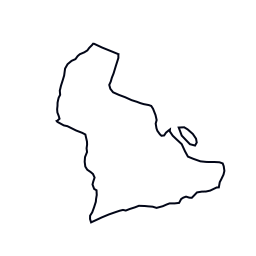 Sundsvall, Västernorrland, Sweden, rotated 336°
{"feature_id": "70781695B99117995283452", "entity_name": "Sundsvall", "entity_type": "district", "adm_level": 2, "iso_a3": "SWE", "parent_name": "Sweden", "parent_adm1": "Västernorrland", "projection": "orthographic", "projection_center": [16.938, 62.56], "detail": "fine", "context": "isolated", "style": "outline", "palette": "ink", "viewbox_px": 256, "rotation_deg": 336, "n_neighbors": 0, "source": "geoboundaries", "source_scale": "gbopen_adm2", "svg_char_len": 1877}
<svg xmlns="http://www.w3.org/2000/svg" viewBox="0 0 256 256"><g transform="rotate(336 128 128)"><path d="M82.4,64.2L80.9,66.1L79.5,70.1L77.0,72.1L75.3,74.3L73.9,76.3L72.6,79.1L70.9,82.0L69.8,85.1L69.6,88.9L69.2,91.7L66.4,92.6L65.7,92.6L66.0,93.7L70.4,99.5L73.4,101.7L79.6,109.2L84.2,113.8L86.4,116.6L85.8,119.6L85.0,123.7L83.9,126.5L81.9,129.7L80.8,133.3L76.9,137.1L74.7,141.2L73.3,145.9L73.8,149.5L76.0,153.1L77.3,155.8L77.3,159.7L74.3,163.0L72.6,165.2L72.3,169.9L73.9,172.1L72.2,176.5L70.0,179.8L68.6,182.3L64.7,186.7L61.0,190.5L57.7,192.7L56.3,195.7L55.9,199.2L62.6,199.1L67.6,199.0L75.6,199.2L82.7,199.8L86.8,200.2L90.1,200.8L92.4,202.5L96.7,202.7L102.0,203.3L106.3,203.5L111.8,206.2L114.6,207.8L118.5,209.9L121.6,212.6L128.0,213.6L132.1,213.6L135.4,213.8L140.1,215.9L144.2,217.2L147.7,214.5L150.2,214.1L153.1,214.3L155.7,216.6L157.9,217.7L161.2,216.4L164.8,214.9L169.8,216.2L173.2,217.7L177.6,218.6L184.8,218.4L186.8,219.2L189.8,214.8L192.3,212.8L196.3,209.4L198.6,206.4L199.9,201.9L200.1,198.9L197.6,196.5L193.3,194.3L186.0,191.0L180.6,187.9L175.1,182.7L171.1,178.5L170.6,172.4L170.5,164.6L167.8,158.3L165.7,153.2L164.8,148.0L165.7,146.4L164.0,146.8L160.8,147.7L158.0,149.5L155.4,148.7L154.6,146.8L153.7,142.5L153.9,139.8L155.1,135.2L157.4,132.4L158.4,127.4L158.7,120.6L158.2,117.3L156.3,115.5L152.1,112.6L149.4,110.3L146.9,107.8L142.6,104.0L137.9,98.7L133.2,94.1L128.9,89.3L127.8,85.0L128.4,81.0L131.1,78.6L133.7,75.5L137.0,72.3L142.1,66.4L147.7,60.1L149.1,56.9L149.3,56.7L145.2,52.4L137.1,44.0L131.3,37.3L130.4,36.8L128.9,37.6L125.2,39.0L122.4,40.6L118.8,41.1L114.0,41.0L111.3,41.8L108.0,43.7L103.8,43.7L98.8,45.1L94.7,48.1L91.0,54.1L87.9,57.7L83.9,62.2L82.4,64.2ZM174.3,152.0L174.0,156.8L176.7,164.4L178.0,168.0L182.1,171.3L184.9,169.2L185.8,165.4L184.8,159.8L181.9,153.5L179.6,150.2L174.5,148.2L174.3,152.0Z" fill="none" stroke="#020617" stroke-width="2"/></g></svg>